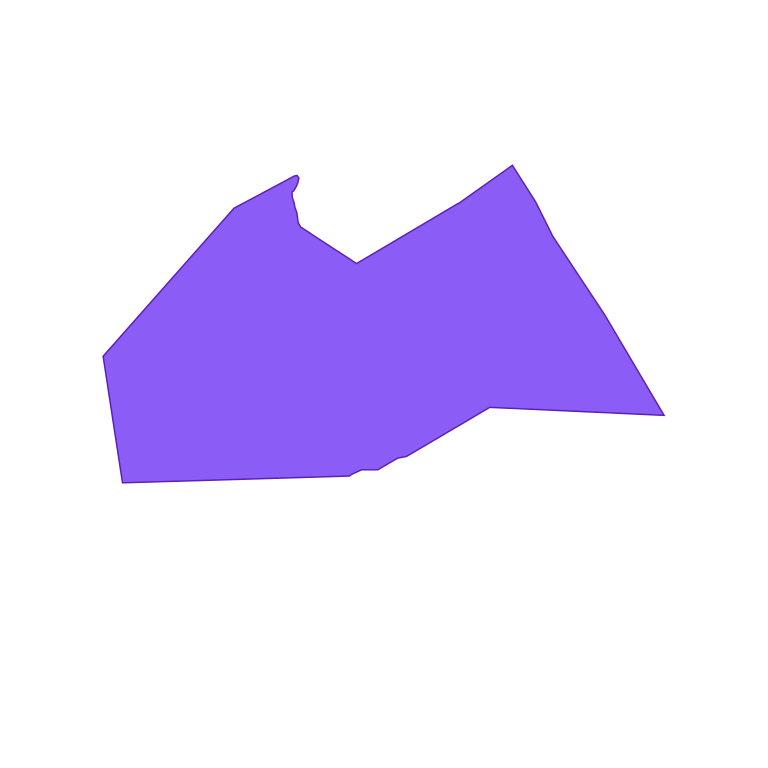 outline of San Martín Lachilá, Oaxaca, Mexico, rotated 312°
{"feature_id": "50627088B22717213197696", "entity_name": "San Martín Lachilá", "entity_type": "district", "adm_level": 2, "iso_a3": "MEX", "parent_name": "Mexico", "parent_adm1": "Oaxaca", "projection": "robinson", "projection_center": [-96.852, 16.612], "detail": "fine", "context": "isolated", "style": "filled", "palette": "violet", "viewbox_px": 768, "rotation_deg": 312, "n_neighbors": 0, "source": "geoboundaries", "source_scale": "gbopen_adm2", "svg_char_len": 939}
<svg xmlns="http://www.w3.org/2000/svg" viewBox="0 0 768 768"><g transform="rotate(312 384 384)"><path d="M548.1,613.1L582.9,502.3L606.7,410.6L620.7,375.1L632.4,333.1L567.6,318.5L567.6,318.2L503.3,298.1L486.4,292.8L473.9,288.9L455.1,283.0L454.8,280.9L452.4,265.3L451.4,259.1L450.4,253.0L448.6,241.1L448.0,237.4L446.8,229.6L445.5,220.7L444.9,216.9L446.6,212.1L450.2,207.9L453.1,204.4L455.6,199.7L458.4,196.1L461.3,191.0L465.3,187.0L467.1,187.7L472.3,186.6L475.9,185.3L480.1,182.9L480.8,179.9L478.6,178.2L414.5,155.0L414.2,154.9L403.3,155.0L314.9,155.8L216.7,156.7L167.4,216.9L135.6,255.8L288.3,415.5L292.5,419.9L295.4,420.5L305.2,424.7L308.7,428.6L316.0,436.7L330.0,441.2L338.1,443.8L345.3,449.2L351.5,451.2L353.8,451.9L358.7,453.4L367.1,456.1L374.3,458.3L380.7,460.4L391.4,463.7L399.5,466.3L400.1,466.5L416.3,471.6L428.9,475.5L437.4,478.2L438.8,479.9L443.8,486.0L548.1,613.1Z" fill="#8b5cf6" stroke="#5b21b6" stroke-width="1.5"/></g></svg>